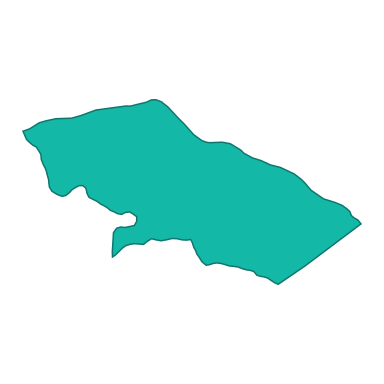 the district of São Sebastião do Tocantins, Tocantins, Brazil
{"feature_id": "56859067B49139944462870", "entity_name": "São Sebastião do Tocantins", "entity_type": "district", "adm_level": 2, "iso_a3": "BRA", "parent_name": "Brazil", "parent_adm1": "Tocantins", "projection": "natural_earth1", "projection_center": [-48.356, -5.243], "detail": "fine", "context": "isolated", "style": "filled", "palette": "teal", "viewbox_px": 384, "rotation_deg": 0, "n_neighbors": 0, "source": "geoboundaries", "source_scale": "gbopen_adm2", "svg_char_len": 1762}
<svg xmlns="http://www.w3.org/2000/svg" viewBox="0 0 384 384"><path d="M278.2,284.3L304.7,266.2L361.0,223.9L357.8,219.9L354.1,217.9L351.4,215.6L349.8,211.5L346.7,208.7L342.2,205.4L334.6,202.3L323.6,198.9L310.9,190.1L304.9,183.0L301.3,179.4L294.3,174.0L280.3,167.4L270.4,164.9L261.1,160.6L252.5,157.9L243.8,153.2L241.1,150.3L230.3,143.7L222.1,142.2L209.4,142.7L206.3,142.2L202.0,140.7L193.7,134.7L183.8,123.6L179.0,118.9L167.4,106.5L164.1,104.0L161.4,101.8L155.8,99.7L151.3,99.9L146.5,102.2L136.1,104.7L130.5,106.1L125.9,106.0L96.0,110.0L80.7,115.6L71.6,118.2L56.1,118.7L46.1,120.8L39.2,122.8L29.5,128.9L23.0,131.2L26.5,139.4L29.3,142.2L32.9,145.2L36.3,147.0L38.7,150.7L40.9,154.5L41.3,159.5L43.2,164.3L45.9,169.6L47.4,175.4L48.6,179.7L48.9,183.4L49.4,187.1L51.9,191.2L55.7,193.6L58.6,195.1L62.2,196.3L65.8,195.5L69.4,192.6L72.1,189.7L74.8,187.9L79.0,185.7L82.9,185.6L85.9,188.3L87.1,193.6L89.1,197.4L93.5,199.6L96.9,201.3L100.7,204.1L104.1,205.8L107.4,207.8L110.3,210.3L114.2,211.9L117.4,213.6L121.6,214.4L125.0,212.6L129.5,211.9L133.2,214.1L136.7,216.7L136.7,221.2L134.4,225.5L129.8,226.5L124.9,227.5L120.7,227.0L116.7,228.2L113.5,232.6L112.7,245.7L112.3,251.8L112.5,257.0L115.5,254.9L118.9,251.6L122.4,248.1L125.9,245.6L130.5,244.2L134.5,243.7L138.7,244.0L143.6,244.4L147.1,241.5L151.5,238.7L156.2,239.9L161.1,240.8L167.0,239.7L172.0,238.5L176.9,238.7L182.4,239.9L186.8,240.1L190.6,239.5L192.3,242.6L193.7,247.1L195.5,250.4L197.0,254.3L199.4,257.6L201.8,261.6L206.1,265.2L209.5,264.7L213.0,263.5L216.7,262.9L221.1,263.5L225.8,264.8L229.5,266.0L233.9,266.4L238.1,267.0L242.1,268.6L246.2,269.8L249.8,270.3L253.7,271.4L256.9,275.2L260.8,276.4L264.1,276.9L267.7,278.1L271.2,280.5L274.7,282.8L278.2,284.3Z" fill="#14b8a6" stroke="#0f766e" stroke-width="1.5"/></svg>